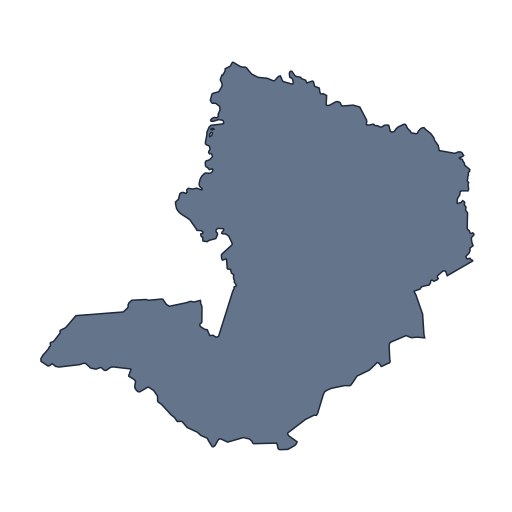 Tyumen', orthographic projection, rotated 178°
{"feature_id": "RUS-2398", "entity_name": "Tyumen'", "entity_type": "Region", "adm_level": 1, "iso_a3": "RUS", "parent_name": "Russia", "parent_adm1": "", "projection": "orthographic", "projection_center": [69.281, 57.561], "detail": "fine", "context": "isolated", "style": "filled", "palette": "slate", "viewbox_px": 512, "rotation_deg": 178, "n_neighbors": 0, "source": "natural_earth", "source_scale": "10m", "svg_char_len": 6032}
<svg xmlns="http://www.w3.org/2000/svg" viewBox="0 0 512 512"><g transform="rotate(178 256 256)"><path d="M225.5,435.2L224.6,433.4L223.8,431.0L222.7,429.4L213.8,426.5L212.6,427.6L213.3,431.5L214.0,432.3L216.0,433.5L216.3,436.5L216.2,437.9L215.7,438.9L214.6,439.6L213.5,439.1L211.0,435.1L210.0,434.2L205.0,433.0L204.5,431.7L200.3,430.0L199.2,427.2L193.7,428.9L192.8,428.5L192.4,427.7L191.5,423.6L186.9,421.6L186.4,417.3L185.9,416.0L185.2,415.6L183.2,415.9L179.8,413.9L180.6,404.8L180.0,404.0L177.5,404.0L170.7,407.4L169.3,407.5L167.1,406.8L166.3,406.0L165.9,404.4L165.0,403.2L164.1,402.9L153.6,403.4L147.1,401.3L140.8,388.2L140.6,386.7L141.2,383.5L140.9,383.2L138.5,382.9L134.2,383.7L133.5,383.4L133.3,382.6L132.8,382.3L129.7,381.9L127.1,380.3L125.0,381.0L123.2,382.2L119.6,382.3L118.7,381.8L117.4,375.9L116.1,375.1L113.6,375.5L111.4,378.4L109.3,380.1L103.5,382.5L102.2,382.3L101.6,381.7L100.1,378.2L97.6,375.7L96.5,373.6L91.5,372.6L90.4,373.1L89.4,375.1L86.9,377.6L85.1,378.4L83.6,378.4L82.3,376.8L77.0,372.2L74.2,368.1L73.5,365.3L70.1,360.2L69.2,355.0L54.5,351.8L53.2,351.8L50.3,353.0L47.8,352.8L46.6,352.1L44.9,349.1L47.1,347.7L49.2,347.3L49.3,346.3L46.4,345.3L45.5,342.9L44.6,341.7L44.3,339.5L39.3,335.0L39.6,333.1L40.9,332.1L40.9,329.1L41.6,328.0L41.7,325.8L42.4,324.1L40.9,322.0L41.6,320.1L41.1,315.4L41.8,313.7L48.2,313.9L49.7,313.3L50.2,310.1L52.7,306.3L53.2,301.9L52.7,301.5L49.4,302.3L47.4,304.1L45.7,302.7L45.6,302.2L46.0,299.7L44.4,297.5L44.9,295.2L44.9,294.4L43.1,291.8L43.1,290.9L44.0,276.2L43.5,275.2L42.1,274.1L41.1,271.3L40.4,271.0L38.6,271.6L37.4,270.3L37.5,269.5L40.0,266.9L40.1,265.4L39.8,262.2L38.7,258.7L41.7,256.6L42.0,253.7L42.5,252.3L43.3,251.1L45.6,249.0L46.3,247.8L45.1,245.7L42.3,246.3L41.6,245.2L39.7,244.1L39.6,243.5L65.6,229.6L66.9,233.9L67.3,234.3L68.9,234.6L70.1,234.2L75.3,229.9L75.5,228.8L74.7,227.1L75.8,225.9L79.2,224.5L80.4,225.6L81.7,225.6L82.3,225.1L82.6,222.9L84.1,220.9L89.9,220.0L91.8,219.2L93.4,217.1L99.1,215.4L99.1,214.7L97.4,211.2L91.5,192.0L90.9,171.7L90.3,168.3L98.0,169.3L103.5,168.9L108.8,171.2L124.1,165.3L125.4,164.3L125.9,162.9L126.1,161.3L125.9,147.8L125.6,146.4L126.0,144.9L126.4,144.4L128.3,143.9L134.3,141.2L135.0,141.5L135.4,142.6L137.6,145.2L138.5,145.4L146.7,138.0L159.2,132.5L163.2,126.9L165.6,123.8L166.8,123.1L172.0,123.4L185.4,121.1L189.9,119.3L192.1,117.9L193.5,115.4L199.9,96.5L201.1,94.7L203.5,94.9L212.2,91.0L230.4,78.1L230.6,77.0L229.6,75.2L221.4,68.9L222.3,66.8L223.9,65.2L230.9,61.6L238.7,61.6L240.0,62.0L240.7,63.0L241.5,67.3L242.0,68.1L243.3,68.3L265.0,68.5L265.7,69.1L266.6,71.0L268.8,73.3L274.9,75.0L290.9,71.0L297.7,74.5L298.5,74.4L299.8,74.1L303.7,67.8L305.4,66.8L306.4,67.0L309.7,72.6L311.1,75.6L317.4,78.6L320.7,81.9L330.9,87.1L335.4,92.9L336.7,93.4L340.2,93.3L340.8,93.8L343.2,97.5L346.4,100.2L355.4,110.8L358.9,113.5L359.4,114.7L359.3,118.3L359.5,119.7L363.0,125.2L368.3,128.9L376.9,124.3L378.3,124.4L379.6,125.3L380.6,126.5L381.8,128.8L381.4,132.1L380.8,134.2L381.1,135.4L381.9,136.7L387.3,140.2L387.4,140.7L385.9,144.7L385.0,146.6L385.2,147.5L402.4,150.1L405.0,149.9L410.0,146.8L411.9,147.3L414.2,149.6L415.4,150.0L419.8,148.5L424.6,149.6L425.5,150.1L430.0,154.6L432.6,154.7L436.0,153.6L456.6,151.9L460.0,152.6L463.4,155.5L466.6,153.4L467.8,153.4L474.5,158.2L474.6,160.8L472.7,164.0L466.7,170.4L465.7,172.4L464.7,173.1L464.5,174.1L464.7,175.9L464.4,176.7L462.0,177.3L460.9,178.1L454.9,185.3L454.3,186.5L454.5,187.8L454.1,188.6L448.8,191.0L438.0,202.7L390.7,204.7L386.6,208.1L385.4,210.0L385.6,211.5L384.7,213.5L381.7,216.1L367.4,216.4L365.3,215.5L351.5,216.3L350.5,215.9L347.4,210.9L344.4,208.8L327.4,211.7L323.1,213.0L319.6,212.2L313.2,213.6L312.9,212.6L313.0,210.4L312.1,208.6L311.8,206.5L312.4,192.4L312.7,191.2L314.3,190.1L314.7,188.8L313.5,187.1L310.0,184.6L307.3,184.0L305.0,178.1L301.8,178.3L298.8,176.3L297.2,176.5L296.1,177.3L280.3,222.0L279.0,224.2L279.0,225.8L276.8,226.8L276.9,228.0L278.6,230.6L278.4,232.4L279.2,234.1L279.1,238.3L281.1,239.7L282.0,243.5L284.8,244.0L285.2,244.7L285.6,253.8L286.4,254.1L289.4,253.0L290.0,253.4L290.4,254.9L290.6,257.8L290.3,258.9L279.7,267.9L279.3,268.7L279.6,269.9L282.5,276.7L285.4,279.1L288.5,279.3L289.4,279.8L289.2,281.0L287.5,282.7L287.3,283.7L287.6,284.4L292.7,284.9L294.0,284.4L294.8,283.6L295.1,282.4L295.0,281.5L293.9,280.4L293.7,278.6L295.6,274.8L302.5,273.2L304.3,272.0L308.4,272.8L308.7,273.9L308.4,276.3L309.9,277.3L310.6,279.3L310.4,280.0L308.4,280.6L308.3,281.5L308.4,282.1L309.8,283.2L314.2,283.7L314.7,285.0L320.9,294.6L329.7,300.8L331.9,303.1L333.7,306.0L334.5,310.4L334.6,312.7L331.5,315.5L329.9,320.9L329.1,321.6L326.9,322.2L323.6,321.0L322.8,322.1L322.8,324.8L321.2,326.0L316.9,325.1L313.0,325.9L308.1,324.0L307.5,324.5L307.7,325.5L309.7,327.4L310.3,328.9L310.2,330.8L309.2,334.6L308.1,336.6L307.1,338.0L304.6,340.3L303.7,340.7L299.0,340.3L297.5,341.0L296.2,342.7L296.0,343.6L296.6,344.6L299.6,343.9L301.3,346.1L302.7,346.9L303.3,347.9L303.5,350.7L303.0,352.5L298.9,353.9L296.1,356.8L296.0,357.3L296.8,359.4L297.8,359.9L298.9,359.7L299.7,361.0L299.4,362.5L298.1,364.3L298.9,367.6L301.4,368.7L302.6,369.8L302.6,371.4L300.9,378.7L300.7,381.6L298.4,386.4L296.4,388.2L285.2,389.1L283.8,389.6L283.6,390.6L284.1,392.4L284.9,392.9L288.6,393.6L294.0,392.1L296.1,392.2L296.7,393.4L295.2,395.0L292.8,396.0L290.6,395.4L288.8,396.7L288.8,399.2L287.1,402.6L286.9,403.9L287.0,406.2L287.5,407.1L291.0,410.0L294.3,410.2L295.1,410.9L296.2,413.3L294.6,418.7L293.9,419.9L287.5,421.5L284.7,425.8L284.0,427.3L283.9,428.7L284.4,430.8L285.5,433.0L285.4,434.1L284.1,437.0L284.0,437.9L282.8,438.1L281.0,441.1L280.4,442.4L280.2,444.3L275.8,446.3L274.8,447.0L273.4,449.6L272.6,450.4L271.8,450.3L265.4,446.1L263.7,445.4L260.0,445.1L258.7,444.2L254.9,439.0L253.6,437.8L247.8,434.5L238.8,433.3L232.3,430.4L231.2,430.7L227.4,434.6L225.5,435.2ZM296.3,381.1L297.0,380.8L297.9,379.3L298.3,377.8L298.1,376.9L296.9,377.3L295.6,378.9L295.2,380.4L296.3,381.1ZM294.8,385.2L295.8,385.0L296.7,384.4L296.6,384.0L295.3,383.5L293.5,384.2L293.6,384.6L294.8,385.2Z" fill="#64748b" stroke="#1e293b" stroke-width="1.5"/></g></svg>